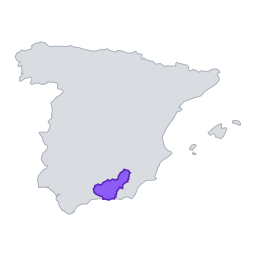 where Granada sits in Spain
{"feature_id": "ESP-5821", "entity_name": "Granada", "entity_type": "Autonomous Community", "adm_level": 1, "iso_a3": "ESP", "parent_name": "Spain", "parent_adm1": "", "projection": "orthographic", "projection_center": [-3.141, 37.388], "detail": "fine", "context": "in_parent", "style": "filled", "palette": "violet", "viewbox_px": 256, "rotation_deg": 0, "n_neighbors": 0, "source": "natural_earth", "source_scale": "10m", "svg_char_len": 5091}
<svg xmlns="http://www.w3.org/2000/svg" viewBox="0 0 256 256"><path d="M135.8,51.2L135.9,52.0L137.2,53.4L141.1,54.2L142.1,54.8L141.9,56.8L141.0,58.5L141.9,59.3L142.8,59.2L143.9,57.8L144.2,58.7L146.0,59.5L149.9,61.0L152.7,61.2L155.7,64.2L160.3,63.5L164.6,66.4L168.6,65.6L169.5,66.1L175.6,66.0L175.8,63.5L176.5,62.5L187.3,65.4L188.7,67.5L188.5,68.5L189.2,70.9L190.6,70.8L193.3,69.3L197.0,70.8L198.1,72.2L198.8,72.3L201.5,70.7L209.0,72.0L209.2,70.8L209.7,70.4L212.7,69.2L213.9,68.9L217.9,69.4L218.5,70.8L219.3,71.2L219.7,72.4L217.5,73.3L217.4,75.4L218.9,77.1L219.3,80.1L215.6,84.3L204.6,91.6L201.1,95.8L192.6,98.3L183.9,101.7L178.8,107.2L180.2,107.5L181.9,109.3L181.4,110.1L179.1,111.4L177.0,111.9L173.4,118.6L168.2,125.5L166.3,128.6L162.3,136.7L162.3,138.9L164.7,146.7L166.0,148.7L167.7,150.4L171.1,151.8L171.9,153.2L170.8,154.6L167.6,157.2L162.1,160.7L159.7,163.4L159.3,166.0L157.6,167.1L157.1,170.7L154.9,175.7L154.8,177.0L156.6,178.7L154.9,179.9L146.0,180.5L140.6,184.5L137.8,187.9L135.4,194.3L132.4,198.1L131.1,198.8L128.9,197.2L126.3,197.0L123.8,197.5L122.5,198.9L120.4,199.6L118.4,199.0L114.0,198.6L112.0,198.7L108.9,199.7L106.3,199.0L101.9,198.6L92.3,199.4L91.1,199.8L86.8,204.0L82.1,204.0L77.9,205.7L74.9,209.8L74.3,212.0L73.5,211.4L72.9,211.6L72.5,213.3L69.5,214.3L66.3,212.8L63.6,210.7L62.2,210.5L60.0,207.2L59.1,205.1L58.4,202.9L58.4,201.3L56.4,200.3L56.0,198.3L57.5,195.7L59.6,194.3L57.7,194.4L56.3,196.0L54.7,193.2L48.0,187.7L48.4,185.8L47.2,187.2L46.4,187.5L42.9,187.1L38.8,187.6L37.5,178.5L38.7,175.4L43.5,169.4L46.3,168.7L47.6,165.6L45.0,165.6L41.2,159.3L42.5,153.7L46.7,149.6L47.5,147.9L47.7,146.3L47.0,145.1L44.8,144.4L42.7,139.8L42.3,137.0L40.5,135.3L39.1,132.5L40.5,132.1L46.3,132.4L47.7,131.7L48.8,129.9L50.0,126.8L50.3,125.0L48.2,122.2L48.2,121.6L48.5,120.8L52.1,117.9L51.5,115.7L52.2,111.0L52.1,108.3L51.8,106.0L50.7,103.1L51.6,101.9L53.4,101.0L54.9,98.7L57.1,96.8L59.8,95.3L63.1,92.0L62.7,90.4L61.6,89.5L57.8,88.7L57.5,88.0L57.7,84.2L56.8,82.7L55.3,82.8L53.2,82.0L52.7,82.4L50.0,82.2L48.1,81.5L47.3,82.0L47.0,83.3L43.7,84.5L41.9,84.4L39.0,83.1L35.6,83.3L35.2,83.0L32.3,84.4L31.3,84.4L30.3,82.5L32.0,79.9L30.8,77.2L29.9,77.1L24.5,78.7L21.2,81.0L20.0,81.2L19.6,80.7L19.7,77.2L23.1,73.7L21.1,73.3L21.3,72.3L22.7,70.6L21.4,69.3L21.7,65.5L18.8,66.5L18.0,66.3L18.1,64.8L20.1,61.9L18.2,61.4L16.9,60.2L15.4,57.7L15.4,56.4L16.6,53.4L19.2,52.1L21.7,50.1L25.1,50.7L30.2,49.3L31.9,48.4L31.9,47.1L31.4,46.2L32.0,45.3L36.2,43.0L38.6,42.9L41.2,41.7L42.8,42.6L44.2,42.4L45.9,43.4L47.9,45.8L51.1,46.8L53.7,46.2L66.9,46.5L70.7,45.5L73.5,46.9L79.1,47.7L82.5,48.9L91.8,51.0L95.2,51.1L102.1,49.3L103.9,49.8L106.6,48.9L107.9,49.0L109.6,50.4L115.6,52.1L117.2,50.6L118.4,50.3L122.7,51.2L127.1,53.0L129.4,53.2L132.7,52.6L135.8,51.2ZM221.1,127.8L222.7,128.4L224.4,127.7L225.3,127.8L226.3,128.1L226.6,129.5L223.4,136.6L220.6,138.7L217.5,137.4L215.8,137.2L215.3,136.6L214.7,134.4L213.9,133.8L212.7,133.5L210.6,135.4L209.8,134.3L208.7,134.1L208.2,133.5L208.2,132.6L214.9,126.8L216.8,125.5L221.0,123.8L221.7,124.0L221.2,124.8L221.8,125.5L221.1,127.8ZM240.6,123.6L240.1,125.5L234.7,123.4L233.0,123.2L232.6,122.9L232.6,120.9L236.0,120.4L238.9,121.1L240.6,123.6ZM193.2,148.8L192.6,150.2L190.0,149.8L189.4,149.3L189.9,147.7L190.6,147.5L190.6,146.4L191.4,145.3L195.0,144.2L195.9,144.9L196.1,146.0L194.0,148.4L193.2,148.8ZM196.0,154.1L195.7,154.4L192.8,154.3L192.7,153.4L193.2,152.1L194.3,153.3L196.0,153.5L196.0,154.1Z" fill="#d9dde1" stroke="#a8b0b8" stroke-width="1"/><path d="M114.3,198.9L113.8,198.9L112.6,198.7L110.8,198.9L110.5,199.1L110.2,199.3L109.9,199.6L109.2,200.0L108.1,200.0L107.4,199.4L107.1,199.5L106.8,199.6L106.2,199.3L105.9,199.0L105.4,199.0L104.8,199.0L104.5,199.3L103.6,199.4L102.8,199.1L102.7,198.5L103.0,197.6L101.9,196.4L101.1,196.5L96.2,194.3L94.3,192.6L94.1,192.3L93.9,191.9L93.8,190.5L93.3,189.0L94.4,188.1L94.3,187.4L94.8,186.6L94.8,185.9L95.0,185.5L95.1,185.4L95.3,185.3L95.9,185.5L96.2,185.4L96.5,185.2L97.3,184.4L97.6,184.2L99.0,184.3L99.8,184.8L101.8,184.7L102.6,182.9L104.6,181.7L105.6,181.5L107.7,179.7L107.9,179.6L108.4,179.8L109.1,180.6L109.6,180.7L111.0,180.4L111.4,180.2L111.7,179.6L112.2,179.2L112.7,179.1L113.3,179.2L115.0,180.0L115.3,179.8L115.7,179.7L116.0,179.7L116.9,179.9L117.0,179.2L118.3,178.5L118.3,176.7L118.5,176.1L120.3,173.0L121.8,171.7L122.0,171.7L122.3,171.9L123.6,170.9L123.5,169.7L124.5,169.3L125.9,169.9L127.7,170.5L127.9,170.5L128.1,170.4L128.7,170.9L128.9,171.0L129.1,171.5L129.5,172.0L130.0,172.6L130.4,172.9L129.3,173.6L129.2,173.8L129.1,174.0L129.0,175.0L129.2,176.2L129.1,176.6L128.6,177.3L128.5,177.7L128.6,179.4L127.6,179.6L127.9,181.6L125.6,182.4L122.9,184.7L122.8,185.1L122.7,186.3L122.7,186.5L122.5,186.8L122.6,188.5L121.7,188.2L120.9,188.1L120.7,188.0L120.2,187.4L119.5,187.2L119.3,187.2L119.2,187.3L119.1,187.5L118.6,189.3L118.5,189.5L118.1,189.6L117.9,189.8L117.7,190.1L117.6,190.8L117.4,191.0L116.6,191.2L116.4,191.4L116.3,191.7L116.4,192.5L116.7,193.3L116.8,193.6L116.7,193.9L115.4,195.2L115.3,195.4L115.5,195.6L115.7,195.8L115.8,196.0L116.1,196.7L114.1,198.0L114.3,198.9Z" fill="#8b5cf6" stroke="#5b21b6" stroke-width="1.5"/></svg>